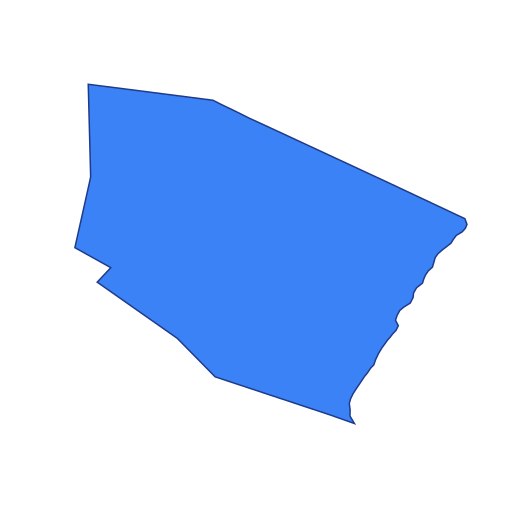 São Miguel do Gostoso, Rio Grande do Norte, Brazil (Equal Earth projection), rotated 102°
{"feature_id": "56859067B76662492887230", "entity_name": "São Miguel do Gostoso", "entity_type": "district", "adm_level": 2, "iso_a3": "BRA", "parent_name": "Brazil", "parent_adm1": "Rio Grande do Norte", "projection": "equal_earth", "projection_center": [-35.72, -5.191], "detail": "fine", "context": "isolated", "style": "filled", "palette": "blue", "viewbox_px": 512, "rotation_deg": 102, "n_neighbors": 0, "source": "geoboundaries", "source_scale": "gbopen_adm2", "svg_char_len": 930}
<svg xmlns="http://www.w3.org/2000/svg" viewBox="0 0 512 512"><g transform="rotate(102 256 256)"><path d="M122.9,455.8L212.9,434.2L219.9,434.2L285.5,434.9L297.6,395.6L314.6,405.9L352.9,315.9L371.4,287.9L382.7,270.8L396.2,149.2L397.0,143.3L399.4,124.9L393.0,130.8L386.7,132.0L380.9,134.1L376.0,133.8L370.4,132.4L364.9,130.3L357.5,127.3L351.2,124.8L347.2,122.7L341.7,120.5L338.0,118.1L332.7,117.5L325.9,115.9L319.8,113.8L315.6,111.9L311.2,110.0L307.7,108.0L303.7,106.1L299.7,103.6L294.6,102.3L289.8,106.2L284.5,105.6L279.3,104.0L275.1,100.7L269.9,95.3L263.8,93.7L259.4,94.2L253.6,92.3L247.9,87.5L243.5,87.1L239.5,86.3L234.8,84.4L230.2,81.1L225.1,80.7L220.3,80.4L215.9,78.5L210.9,74.7L206.7,71.1L202.8,67.9L198.3,66.3L194.1,64.3L189.6,59.4L185.5,57.0L181.2,56.2L176.1,59.4L156.8,141.7L127.3,270.3L122.5,291.7L118.6,306.6L116.0,317.5L114.5,323.4L112.6,330.5L122.9,455.8Z" fill="#3b82f6" stroke="#1e3a8a" stroke-width="1.5"/></g></svg>